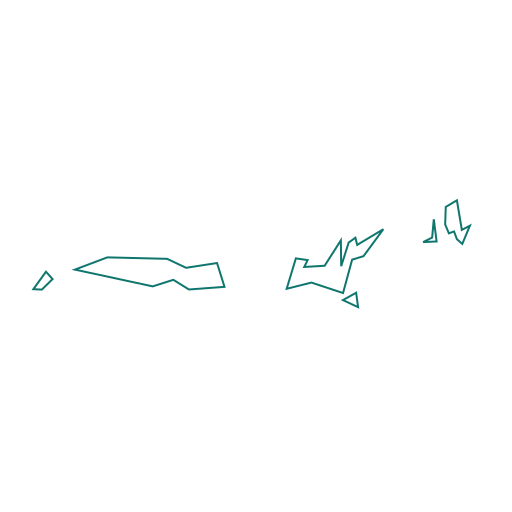 SVG path tracing the border of Palawan, rotated 46°
{"feature_id": "PHL-2534", "entity_name": "Palawan", "entity_type": "Province", "adm_level": 1, "iso_a3": "PHL", "parent_name": "Philippines", "parent_adm1": "", "projection": "albers", "projection_center": [119.135, 9.647], "detail": "coarse", "context": "isolated", "style": "outline", "palette": "teal", "viewbox_px": 512, "rotation_deg": 46, "n_neighbors": 0, "source": "natural_earth", "source_scale": "10m", "svg_char_len": 761}
<svg xmlns="http://www.w3.org/2000/svg" viewBox="0 0 512 512"><g transform="rotate(46 256 256)"><path d="M256.3,300.1L233.5,327.5L215.7,332.0L206.1,351.4L140.0,395.7L153.7,363.9L196.3,321.9L215.9,314.5L234.0,288.9L256.3,300.1ZM300.9,256.7L285.4,229.0L294.8,221.7L297.4,228.9L310.7,213.4L303.7,184.1L322.5,201.8L310.7,180.0L311.9,171.8L318.3,175.5L325.2,145.8L330.8,178.8L325.4,189.4L343.1,219.1L313.6,234.6L300.9,256.7ZM382.8,81.1L390.6,99.2L383.5,99.8L375.9,96.5L373.7,101.5L364.7,98.0L352.5,85.4L355.5,72.8L380.2,89.8L382.8,81.1ZM353.1,102.6L371.0,116.0L362.1,126.1L365.1,116.5L353.1,102.6ZM352.0,209.5L363.7,218.1L348.1,224.1L352.0,209.5ZM131.3,418.4L131.4,433.4L125.2,439.2L121.4,418.0L131.3,418.4Z" fill="none" stroke="#0f766e" stroke-width="2"/></g></svg>